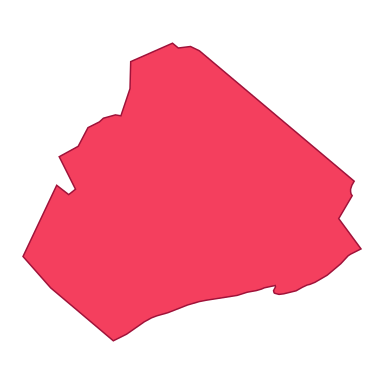 Mercer, West Virginia, United States of America
{"feature_id": "52423323B88049032816505", "entity_name": "Mercer", "entity_type": "district", "adm_level": 2, "iso_a3": "USA", "parent_name": "United States of America", "parent_adm1": "West Virginia", "projection": "natural_earth1", "projection_center": [-81.073, 37.416], "detail": "fine", "context": "isolated", "style": "filled", "palette": "rose", "viewbox_px": 384, "rotation_deg": 0, "n_neighbors": 0, "source": "geoboundaries", "source_scale": "gbopen_adm2", "svg_char_len": 811}
<svg xmlns="http://www.w3.org/2000/svg" viewBox="0 0 384 384"><path d="M23.0,256.5L50.7,287.9L80.8,313.3L113.3,340.8L126.7,334.1L144.3,321.8L151.6,317.8L156.9,315.8L167.9,312.7L187.5,305.0L199.2,301.6L206.4,300.2L237.2,295.4L247.3,292.2L256.2,290.6L261.4,289.1L264.4,287.8L275.2,285.5L275.5,286.9L273.5,290.7L274.1,292.8L274.8,293.3L279.0,294.4L283.8,293.8L296.1,290.8L302.5,287.2L307.2,285.0L309.8,284.4L315.0,282.3L327.3,275.1L340.8,263.7L348.1,255.8L350.5,254.2L361.0,248.9L338.7,218.6L352.2,195.7L351.0,193.8L350.6,191.5L350.6,189.1L351.9,185.2L354.2,181.2L199.4,50.8L190.5,46.5L178.3,48.0L172.5,43.2L130.7,61.6L130.0,88.7L120.9,115.8L115.4,114.9L103.4,118.2L99.4,121.9L88.0,127.6L78.2,146.3L59.2,156.7L75.5,189.2L68.7,194.6L56.7,185.3L23.0,256.5Z" fill="#f43f5e" stroke="#9f1239" stroke-width="1.5"/></svg>